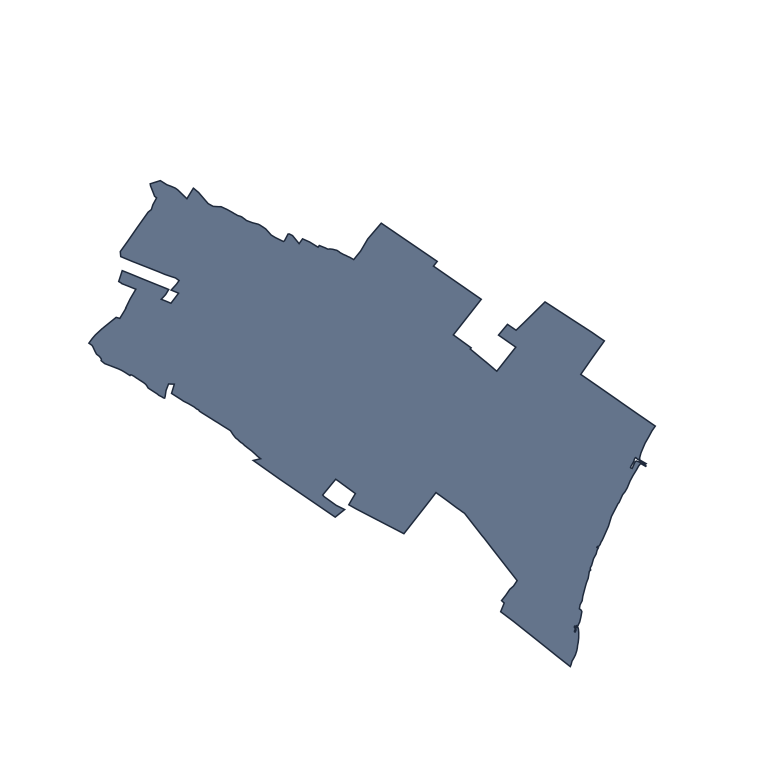 outline of Yobaín, Yucatán, Mexico, rotated 120°
{"feature_id": "50627088B68824645549174", "entity_name": "Yobaín", "entity_type": "district", "adm_level": 2, "iso_a3": "MEX", "parent_name": "Mexico", "parent_adm1": "Yucatán", "projection": "equal_earth", "projection_center": [-89.114, 21.287], "detail": "fine", "context": "isolated", "style": "filled", "palette": "slate", "viewbox_px": 768, "rotation_deg": 120, "n_neighbors": 0, "source": "geoboundaries", "source_scale": "gbopen_adm2", "svg_char_len": 4885}
<svg xmlns="http://www.w3.org/2000/svg" viewBox="0 0 768 768"><g transform="rotate(120 384 384)"><path d="M311.4,556.2L310.5,558.9L308.8,564.1L308.4,570.8L308.5,572.8L310.1,578.5L311.2,585.0L311.0,585.8L310.4,590.8L310.6,592.3L311.3,595.2L311.2,596.2L311.3,599.9L311.2,600.1L311.3,606.7L311.9,613.7L313.4,616.4L315.6,620.8L315.7,626.5L311.7,637.9L310.9,640.1L309.7,646.7L309.7,647.0L320.6,647.3L322.1,647.3L319.0,659.7L318.7,662.7L319.3,667.6L320.0,671.6L319.7,679.4L327.5,686.6L329.1,685.3L335.0,677.9L336.1,676.6L336.5,674.0L344.3,673.8L349.3,672.7L353.1,674.2L372.2,676.0L388.1,677.3L401.2,678.6L405.3,675.7L403.7,663.2L399.4,634.5L398.7,628.8L397.4,622.2L396.4,617.6L396.9,613.2L401.3,613.6L409.1,615.3L408.5,610.7L408.2,608.3L408.1,607.3L420.6,608.9L421.2,613.7L422.0,619.3L418.0,618.3L415.6,617.8L409.8,617.7L413.7,645.6L415.5,659.1L416.7,667.4L427.9,665.0L427.9,662.3L428.2,661.6L428.0,660.0L426.0,646.3L437.1,646.4L447.3,645.7L447.3,645.4L449.8,645.4L459.3,645.6L460.2,649.3L477.1,655.8L485.8,658.5L490.5,659.4L496.2,660.0L496.5,656.3L497.2,654.9L500.3,650.5L501.9,647.9L502.4,644.3L503.3,642.1L503.8,641.2L505.2,640.7L506.0,636.1L503.7,621.6L503.4,618.2L503.4,614.7L503.7,608.2L502.7,608.0L502.4,607.2L502.3,604.6L502.6,601.2L503.0,593.0L503.4,590.3L504.1,588.6L505.4,586.3L505.5,585.1L505.7,581.3L506.0,575.4L506.4,573.2L506.2,570.3L506.3,568.0L505.9,566.9L504.2,567.3L498.6,569.5L491.7,570.6L489.0,565.5L491.9,564.8L498.4,563.3L498.9,551.8L499.1,549.7L499.1,548.5L498.8,543.9L498.8,539.4L498.8,536.9L499.3,533.8L499.1,531.6L499.8,530.3L500.0,527.5L500.2,521.4L500.6,511.2L500.6,509.0L500.6,508.8L500.9,502.6L501.1,496.1L501.2,493.6L503.3,489.5L504.5,486.6L505.0,485.1L505.2,482.8L505.6,481.6L506.2,478.5L506.2,476.8L507.0,473.8L507.2,471.8L507.4,470.9L508.1,465.2L509.2,460.0L509.8,457.8L510.4,453.5L515.6,459.0L518.5,427.7L523.7,359.7L512.4,355.3L513.0,364.7L511.5,379.5L510.8,381.6L490.6,378.2L491.1,373.0L491.4,370.6L493.2,354.0L499.5,354.1L506.2,354.1L506.1,345.8L505.7,336.1L503.7,291.9L492.4,290.3L485.4,289.3L479.7,288.5L468.5,286.9L462.8,286.1L452.0,284.7L452.4,281.7L452.5,279.9L452.8,277.1L453.4,271.3L454.9,258.8L455.1,255.7L455.5,252.4L455.7,249.6L457.8,244.4L466.3,223.4L467.4,220.3L472.4,208.2L483.5,180.8L487.7,170.4L494.2,170.8L498.9,172.4L505.9,172.9L512.8,173.9L513.6,170.4L522.9,169.1L524.9,152.8L530.9,112.9L533.3,97.3L535.6,81.4L534.7,81.5L533.3,81.7L530.1,82.6L526.2,82.6L522.9,82.8L518.6,83.7L515.9,84.6L513.7,85.6L510.7,86.6L506.6,88.4L502.0,91.0L499.4,92.8L498.1,93.9L498.2,95.4L498.7,95.7L499.3,95.9L499.6,95.8L499.9,95.6L500.4,95.3L500.9,94.8L501.8,94.5L502.6,94.5L503.3,94.5L503.3,95.1L502.9,95.5L502.6,95.4L502.0,95.7L501.2,95.6L500.2,95.9L499.9,96.8L499.4,97.6L498.9,97.8L498.4,97.9L498.2,97.7L498.3,97.4L498.3,97.0L498.0,96.8L497.6,96.7L497.1,96.4L498.0,95.8L498.1,95.0L496.0,95.2L494.4,95.4L492.3,95.5L487.6,96.9L483.1,98.5L482.5,98.7L482.0,99.0L481.1,100.7L481.0,102.4L477.2,103.8L472.6,104.0L468.4,105.7L464.7,106.7L459.6,108.1L456.9,108.8L454.8,109.3L450.2,110.0L447.5,111.0L443.6,112.5L441.7,112.0L441.5,112.7L439.5,113.5L437.3,113.5L430.5,115.2L425.1,115.3L421.6,116.3L420.1,116.4L419.5,116.4L418.7,116.4L418.9,117.4L419.1,117.9L418.3,118.0L417.9,117.9L417.8,117.5L417.0,116.8L415.0,116.6L412.3,117.0L410.6,116.9L408.0,117.1L394.9,118.5L391.5,119.3L385.0,120.8L374.4,121.3L370.8,121.5L370.6,121.5L369.8,121.3L369.2,121.2L368.7,121.2L360.6,122.0L356.8,121.4L352.4,121.4L344.9,122.4L338.8,122.6L331.6,122.4L327.5,122.5L325.4,122.1L324.5,121.8L324.5,116.2L324.0,116.1L323.9,117.7L324.0,121.6L324.0,123.5L324.1,124.9L324.5,126.9L325.1,127.3L325.8,127.6L326.5,127.5L327.1,127.5L328.4,127.4L329.8,127.2L330.9,127.1L332.5,126.9L333.0,126.9L333.0,127.0L333.3,128.4L333.2,128.7L332.7,128.9L331.7,129.0L329.7,129.0L327.4,129.0L325.2,129.2L323.9,129.6L323.4,129.6L322.2,129.5L321.8,129.2L321.9,128.7L322.0,128.4L322.1,128.0L322.2,127.6L322.4,126.7L322.1,126.4L322.1,125.9L322.3,125.3L322.5,124.7L322.5,123.6L322.4,117.3L321.9,117.1L321.9,124.5L320.7,125.3L319.7,125.8L315.2,127.0L309.7,127.7L304.7,128.3L297.0,128.3L290.6,128.5L284.8,128.0L284.6,130.8L283.6,143.1L283.3,147.3L281.4,169.8L281.1,172.7L278.9,198.8L277.3,218.4L258.1,216.8L247.7,215.8L239.8,215.0L236.5,214.7L236.0,221.6L235.3,229.6L234.2,251.5L232.4,285.6L261.1,293.5L271.4,296.5L270.6,306.9L284.4,309.3L286.2,288.3L316.5,292.7L316.3,294.3L314.3,304.9L313.2,311.6L310.6,326.8L309.1,326.6L306.8,348.5L262.0,342.1L257.2,400.1L251.2,399.2L246.1,466.8L266.5,470.6L280.5,470.7L287.4,471.8L291.4,472.4L291.4,477.1L291.7,479.1L291.7,480.8L292.1,483.9L292.1,485.2L292.2,487.8L291.9,489.2L291.8,491.7L292.3,493.3L292.9,495.6L294.1,498.4L295.3,500.0L295.5,503.2L295.7,504.3L296.4,509.3L298.5,509.5L298.2,519.4L299.0,527.1L304.9,527.7L301.2,537.4L301.4,541.0L302.1,542.1L309.7,541.8L310.3,542.1L310.9,542.4L311.5,551.3L311.4,556.2Z" fill="#64748b" stroke="#1e293b" stroke-width="1.5"/></g></svg>